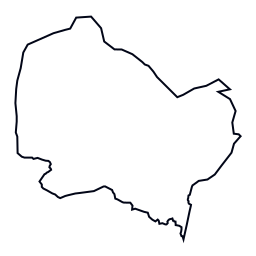 outline of Enugu East, Enugu, Nigeria
{"feature_id": "59680162B73078519517404", "entity_name": "Enugu East", "entity_type": "district", "adm_level": 2, "iso_a3": "NGA", "parent_name": "Nigeria", "parent_adm1": "Enugu", "projection": "robinson", "projection_center": [7.537, 6.533], "detail": "fine", "context": "isolated", "style": "outline", "palette": "ink", "viewbox_px": 256, "rotation_deg": 0, "n_neighbors": 0, "source": "geoboundaries", "source_scale": "gbopen_adm2", "svg_char_len": 1754}
<svg xmlns="http://www.w3.org/2000/svg" viewBox="0 0 256 256"><path d="M180.5,233.5L181.5,236.1L182.5,236.2L183.5,239.4L186.7,225.0L189.5,211.6L190.8,206.0L191.0,204.8L188.8,203.6L188.4,202.2L188.6,201.2L187.9,200.3L187.8,199.2L188.2,198.2L188.5,195.5L189.8,194.8L191.9,186.8L192.5,185.4L197.0,182.2L198.7,180.9L207.5,179.5L209.2,178.3L211.3,176.9L214.8,174.5L221.5,165.6L231.5,152.7L234.0,143.7L240.6,136.2L238.7,134.3L233.8,133.7L232.3,122.5L235.6,111.0L233.4,106.3L230.0,99.1L218.3,91.8L229.9,89.3L218.6,79.4L206.3,85.8L194.2,88.5L183.2,94.8L177.3,97.2L157.0,77.0L153.4,71.6L148.5,65.8L144.8,64.5L142.4,62.1L132.4,54.2L121.7,49.5L114.5,49.4L104.2,41.5L101.1,28.2L91.1,16.6L76.2,17.6L70.2,28.6L65.4,29.8L53.5,33.2L27.7,44.6L23.3,52.5L20.7,68.1L17.3,80.6L16.2,89.0L15.4,103.1L16.7,116.2L16.7,121.6L15.8,132.5L17.3,136.6L17.6,153.1L21.8,156.7L24.5,157.6L32.1,157.6L33.5,158.9L37.6,157.9L42.0,159.6L45.7,160.7L48.4,160.9L49.9,162.1L50.8,164.1L49.7,165.9L49.4,167.3L50.7,168.6L51.1,169.8L48.2,172.0L46.8,172.6L45.6,173.8L44.5,174.2L39.5,181.5L41.8,184.5L41.8,186.9L43.3,188.5L46.9,190.3L52.3,193.4L55.2,194.5L57.9,197.0L60.2,198.1L62.4,197.2L65.2,196.0L67.8,195.3L75.3,193.5L79.6,193.0L93.9,191.1L103.5,186.5L105.1,186.4L112.1,190.0L113.0,192.4L114.4,194.1L115.3,198.6L117.5,199.4L122.5,202.2L123.9,202.6L130.3,202.7L132.5,205.6L132.1,209.6L135.2,208.7L144.0,211.8L147.8,212.7L149.1,216.8L152.4,219.7L155.4,221.4L157.7,219.6L158.7,220.6L159.4,223.8L162.4,223.2L165.3,224.4L166.5,224.4L167.7,223.1L167.4,221.6L168.1,220.5L169.4,219.3L171.9,218.7L172.4,218.5L172.6,219.1L173.0,220.7L173.7,220.7L174.3,221.5L175.5,221.6L175.7,225.1L176.5,225.2L179.3,225.8L181.5,227.2L181.5,229.4L181.1,231.8L180.5,233.5Z" fill="none" stroke="#020617" stroke-width="2"/></svg>